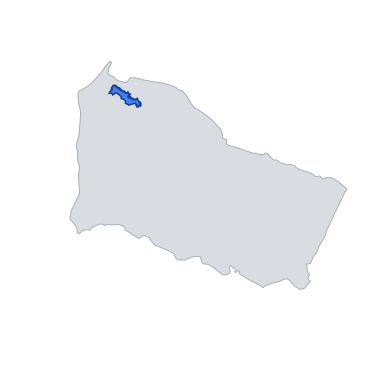 location of Wassa Amenfi West, Western, Ghana, rotated 116°
{"feature_id": "2480657B13145859726554", "entity_name": "Wassa Amenfi West", "entity_type": "district", "adm_level": 2, "iso_a3": "GHA", "parent_name": "Ghana", "parent_adm1": "Western", "projection": "natural_earth1", "projection_center": [-2.483, 5.745], "detail": "fine", "context": "in_parent", "style": "filled", "palette": "blue", "viewbox_px": 384, "rotation_deg": 116, "n_neighbors": 0, "source": "geoboundaries", "source_scale": "gbopen_adm2", "svg_char_len": 6969}
<svg xmlns="http://www.w3.org/2000/svg" viewBox="0 0 384 384"><g transform="rotate(116 192 192)"><path d="M229.2,48.7L231.7,51.4L232.3,53.0L231.4,58.9L229.6,63.0L228.4,66.9L228.6,68.9L229.7,70.8L233.5,73.8L235.5,75.8L237.8,78.8L240.4,81.7L245.0,85.5L246.9,86.2L246.8,87.3L246.2,88.7L245.8,102.9L245.5,106.5L245.1,108.4L244.7,113.7L244.2,114.4L243.4,114.4L242.6,114.6L242.4,115.6L242.7,116.7L245.5,117.5L244.9,118.3L242.8,119.0L241.9,120.6L242.3,122.4L241.2,123.9L241.5,124.9L242.2,125.6L243.4,125.3L246.6,122.9L247.9,122.6L249.6,123.1L252.6,126.8L252.8,128.7L251.5,134.9L250.3,139.7L250.1,146.1L251.4,149.7L251.3,151.7L249.9,153.4L246.7,155.9L247.0,157.6L248.4,160.8L251.1,164.3L256.3,168.6L259.0,174.3L259.1,176.6L257.5,178.9L255.6,180.9L255.0,183.8L255.9,202.8L251.8,211.0L251.8,213.4L252.2,216.1L253.3,217.8L255.4,218.2L257.1,219.8L256.5,225.6L255.6,231.5L255.5,234.4L255.0,235.7L253.3,236.8L252.8,238.7L253.2,241.0L252.9,242.7L253.8,244.9L255.6,247.6L258.7,254.4L259.8,255.0L260.3,256.4L260.0,257.8L261.2,260.8L264.5,263.8L268.1,266.4L270.9,266.8L271.6,269.2L273.5,272.2L274.8,273.5L277.0,274.3L278.8,274.8L278.9,277.3L275.7,279.0L273.5,281.6L271.8,285.6L269.6,290.0L261.7,292.3L258.7,292.3L242.5,292.4L227.4,301.0L218.7,304.1L213.3,308.9L206.1,312.3L201.1,316.5L190.6,318.5L173.5,325.1L168.1,327.7L162.7,332.3L153.8,337.6L150.4,337.5L143.5,332.5L138.3,330.0L125.5,326.2L116.1,324.7L111.5,323.1L110.2,322.8L111.3,321.0L113.9,320.9L116.7,321.4L118.8,320.1L121.9,319.9L122.7,318.4L123.0,314.8L122.9,311.9L124.0,310.6L124.3,307.2L122.8,299.5L121.7,298.7L116.2,297.6L115.8,296.1L114.8,294.5L113.7,290.6L112.5,284.7L110.6,277.5L106.8,265.5L105.9,261.3L105.3,257.0L105.1,251.9L105.9,250.0L105.8,247.3L105.5,244.7L108.1,238.6L113.2,231.2L114.3,228.5L115.3,226.6L115.4,223.9L116.3,215.2L118.8,204.8L120.3,200.8L121.4,198.7L122.6,195.2L122.9,193.5L127.7,189.4L129.9,188.3L130.3,186.7L129.6,184.9L129.9,183.7L131.1,183.1L132.8,182.6L134.1,181.0L132.1,168.0L130.5,155.1L130.4,154.0L129.4,152.3L128.5,146.9L126.9,143.8L124.6,142.9L124.6,140.0L126.9,135.0L127.5,132.1L126.4,131.2L126.2,129.0L127.0,125.3L126.6,123.1L126.2,120.7L123.9,115.0L123.3,111.0L124.5,108.7L124.5,103.6L123.2,95.7L123.0,90.7L123.9,88.6L123.5,86.7L121.8,84.8L121.7,83.0L123.1,81.2L122.9,79.8L121.1,78.8L119.5,76.4L118.1,72.5L118.4,66.4L121.1,55.0L121.4,54.0L124.5,54.1L124.5,54.6L133.9,54.5L144.8,54.4L157.7,54.2L169.5,54.1L170.0,53.6L171.9,52.9L183.8,54.1L191.2,53.5L194.4,53.9L196.7,54.7L201.8,54.2L204.5,54.5L206.6,57.3L207.4,57.3L208.6,56.1L210.6,54.7L212.7,53.6L214.2,51.4L215.1,49.7L216.5,50.1L218.4,50.0L219.7,48.6L220.2,46.4L229.2,48.7Z" fill="#d9dde1" stroke="#a8b0b8" stroke-width="1"/><path d="M129.7,308.1L129.8,308.1L129.9,307.9L130.0,307.9L130.1,308.1L130.4,308.0L130.5,308.5L130.8,309.1L130.7,309.5L131.0,309.7L131.9,309.8L132.6,309.7L133.0,309.8L133.2,310.0L133.5,309.9L133.7,309.7L133.9,309.8L134.0,309.9L134.3,309.8L134.5,309.7L134.3,309.6L134.5,309.3L134.5,309.0L134.7,308.7L135.1,308.6L135.4,308.8L135.6,308.9L135.8,309.1L136.1,309.2L136.3,309.3L136.5,309.5L136.9,309.5L137.1,309.5L137.3,309.6L137.6,309.8L137.7,309.7L137.9,309.6L138.0,309.6L138.3,309.6L138.5,309.6L138.8,309.6L139.1,309.6L139.2,309.8L139.2,309.7L139.3,309.7L139.5,309.7L139.4,309.6L139.2,309.3L139.1,309.0L139.1,308.9L139.0,308.5L139.1,308.3L139.0,308.2L138.8,307.7L138.7,307.7L138.6,306.9L138.7,306.2L138.8,306.1L139.1,305.9L139.3,306.0L139.5,305.8L136.2,303.9L136.0,303.4L136.3,302.5L136.5,300.2L137.2,297.7L139.1,296.5L138.7,293.9L138.9,293.0L139.0,292.4L139.7,291.6L141.5,290.7L141.4,287.7L141.8,287.2L137.0,281.8L137.0,281.7L137.3,281.5L137.3,281.4L137.5,281.2L137.4,281.1L137.5,281.0L137.6,280.9L137.6,280.7L137.6,280.3L137.7,280.1L137.8,280.1L138.0,280.1L138.0,279.9L138.2,280.0L138.2,279.9L138.3,279.9L138.5,280.0L138.5,279.9L138.7,279.7L138.8,279.5L138.8,279.4L139.0,279.4L139.0,279.2L139.0,278.9L139.0,278.6L139.2,278.4L139.3,278.4L139.2,278.3L139.3,278.1L139.3,277.9L139.2,277.9L139.2,277.7L138.9,277.6L138.6,277.5L138.2,277.3L137.8,277.4L137.7,277.4L137.5,277.1L137.4,277.0L137.1,276.8L136.9,276.5L136.9,276.3L137.0,276.2L136.9,276.2L136.7,275.9L136.5,276.1L136.4,276.4L136.3,276.5L136.2,276.8L136.0,276.5L135.8,276.4L135.6,276.4L135.4,276.4L135.3,276.5L135.2,276.5L135.0,276.9L135.0,277.0L134.7,277.2L134.4,277.2L134.0,277.6L134.0,277.8L134.0,278.0L134.3,278.2L134.4,278.3L134.5,278.2L134.7,278.3L134.5,278.5L134.3,278.7L134.3,278.8L134.1,278.9L134.2,279.0L134.1,279.3L133.8,279.4L133.3,280.5L132.8,281.2L132.6,281.4L132.6,281.5L132.3,281.7L132.4,281.8L132.2,282.0L132.0,282.3L132.4,282.3L132.6,282.3L132.8,282.3L132.9,282.9L133.1,282.8L133.4,282.8L133.7,282.9L133.6,283.4L134.0,283.6L133.9,283.8L134.0,284.1L134.2,284.3L134.1,284.5L134.1,284.9L134.4,285.1L134.4,285.3L134.1,285.3L133.9,285.3L133.9,285.5L134.0,285.8L133.9,286.0L134.0,286.0L134.4,286.1L134.3,286.5L134.5,286.8L134.8,287.3L134.4,287.4L134.3,287.1L134.1,287.3L134.2,287.5L133.9,287.5L133.7,287.7L133.6,288.1L133.5,288.5L133.5,288.9L133.8,288.9L133.8,289.1L133.6,289.2L133.6,289.3L133.9,289.4L134.1,289.2L134.3,289.3L134.7,289.4L134.8,289.3L134.9,289.6L134.8,289.9L134.9,290.1L135.0,290.4L134.6,290.5L134.5,290.4L134.4,290.0L134.2,290.0L134.2,290.4L134.4,290.5L134.5,290.6L134.4,290.7L134.2,290.7L134.2,290.8L134.3,290.9L134.4,291.0L134.0,291.3L134.0,291.5L133.9,291.5L133.7,291.5L133.4,291.2L133.1,291.1L133.2,290.9L133.3,290.9L133.4,290.7L133.0,290.7L132.9,290.6L132.7,290.7L132.4,290.7L132.2,290.7L131.8,290.4L131.7,290.2L131.4,290.1L131.2,290.1L131.2,290.4L131.1,290.5L131.2,290.8L131.3,290.7L131.5,290.8L131.3,291.0L131.2,291.1L131.2,291.3L131.5,291.8L131.2,292.3L130.7,292.5L130.5,292.8L130.4,293.0L130.1,293.3L130.1,293.5L130.5,293.5L130.7,293.4L130.6,293.1L130.8,293.1L131.1,293.2L131.2,293.4L131.5,293.5L131.7,293.9L131.6,294.2L131.6,294.5L131.8,294.6L132.1,294.7L132.1,294.8L131.9,294.9L132.3,295.5L132.2,295.6L131.8,295.6L131.6,295.6L131.6,295.4L131.4,295.6L131.4,295.8L131.4,296.0L131.5,295.9L131.8,296.1L131.7,296.2L131.4,296.2L131.3,296.4L131.4,296.5L131.1,296.6L131.1,296.8L131.3,296.9L131.9,296.8L132.0,296.8L132.0,297.0L132.1,297.3L132.1,297.6L131.9,297.6L131.7,297.4L131.4,297.4L131.4,297.5L131.4,298.2L131.4,298.3L131.2,298.3L131.1,298.5L131.2,298.8L131.3,298.8L131.5,298.9L131.6,299.2L131.6,299.3L131.7,299.7L131.6,299.9L131.5,300.0L131.8,300.1L132.0,300.4L131.9,300.5L131.7,300.3L131.7,300.6L131.6,301.0L131.6,301.3L131.4,301.3L131.6,301.6L131.5,302.1L131.2,302.1L131.1,301.9L131.0,302.0L130.7,302.0L130.7,302.3L130.4,302.5L130.5,302.7L130.5,302.9L130.3,302.9L130.2,302.9L130.2,303.0L130.4,303.3L130.4,303.5L130.5,303.5L130.6,303.4L131.1,303.3L131.2,303.5L131.1,303.8L131.0,304.1L131.1,304.4L131.2,304.7L131.1,304.8L130.7,304.8L130.5,304.7L130.5,304.9L130.3,305.1L130.4,305.4L130.4,305.5L130.6,305.6L130.6,305.8L130.2,305.7L130.2,305.8L130.3,305.9L130.3,306.2L130.2,306.4L129.9,306.7L130.0,306.9L130.0,307.2L130.0,307.3L129.7,307.5L129.7,307.8L129.7,308.1Z" fill="#3b82f6" stroke="#1e3a8a" stroke-width="1.5"/></g></svg>